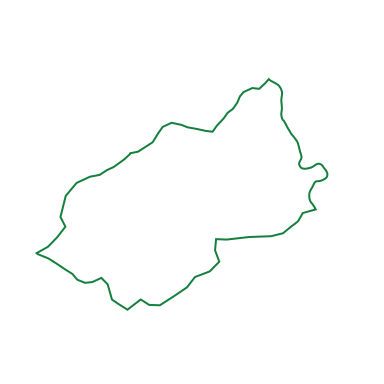 the district of Kyonghung, Hamgyŏng-bukto, North Korea, rotated 22°
{"feature_id": "82179303B15741079373395", "entity_name": "Kyonghung", "entity_type": "district", "adm_level": 2, "iso_a3": "PRK", "parent_name": "North Korea", "parent_adm1": "Hamgyŏng-bukto", "projection": "equal_earth", "projection_center": [130.331, 42.503], "detail": "fine", "context": "isolated", "style": "outline", "palette": "green", "viewbox_px": 384, "rotation_deg": 22, "n_neighbors": 0, "source": "geoboundaries", "source_scale": "gbopen_adm2", "svg_char_len": 5214}
<svg xmlns="http://www.w3.org/2000/svg" viewBox="0 0 384 384"><g transform="rotate(22 192 192)"><path d="M178.1,322.1L184.7,310.9L194.6,312.7L204.6,309.1L214.7,294.8L223.1,282.2L226.6,269.7L237.1,260.0L238.2,258.9L243.4,246.4L235.2,237.4L232.0,226.7L242.0,223.1L261.9,212.3L281.8,203.4L291.8,196.2L296.6,187.4L301.3,179.5L302.6,170.0L313.2,161.8L312.9,161.6L312.5,161.3L312.2,161.0L311.8,160.6L311.3,160.2L310.9,159.9L310.5,159.6L310.2,159.4L309.7,159.1L309.2,158.8L308.8,158.5L308.3,158.1L307.8,157.8L307.2,157.5L306.6,157.3L306.1,156.9L305.5,156.5L305.0,156.0L304.5,155.6L304.2,155.1L303.9,154.7L303.5,154.2L303.1,153.7L302.9,153.2L302.6,152.7L302.4,152.1L302.1,151.6L301.9,150.9L301.7,150.4L301.5,149.8L301.4,149.5L301.3,149.0L301.2,148.5L301.2,148.1L301.2,147.7L301.2,147.2L301.2,146.8L301.2,146.4L301.3,145.9L301.3,145.4L301.4,144.9L301.4,144.5L301.5,144.0L301.6,143.5L301.7,142.8L301.8,142.2L301.8,141.5L301.9,140.7L301.9,140.2L301.9,139.8L301.9,139.3L302.0,138.8L302.0,138.4L302.1,138.0L302.2,137.7L302.3,137.2L302.4,136.8L302.6,136.3L302.8,136.0L303.1,135.7L303.4,135.5L303.8,135.3L304.2,135.1L304.9,134.7L305.5,134.4L305.9,134.2L306.3,134.0L306.7,133.7L307.0,133.4L307.4,133.2L307.7,132.9L308.0,132.6L308.4,132.2L308.7,131.9L309.1,131.5L309.4,131.1L309.8,130.7L310.0,130.4L310.2,130.1L310.4,129.8L310.7,129.5L310.9,129.1L311.0,128.7L311.1,128.4L311.2,128.0L311.3,127.7L311.3,127.3L311.4,127.0L311.3,126.6L311.3,126.2L311.2,125.9L311.1,125.5L310.9,124.9L310.7,124.4L310.4,124.0L310.1,123.6L309.8,123.3L309.5,123.0L309.1,122.6L308.6,122.2L308.2,122.0L307.9,121.7L307.6,121.5L307.2,121.2L306.7,121.0L306.2,120.7L305.8,120.5L305.5,120.3L305.1,120.1L304.7,119.9L304.3,119.5L303.9,119.3L303.6,119.1L303.3,118.8L302.9,118.6L302.5,118.4L302.0,118.3L301.6,118.2L301.2,118.1L300.7,118.1L300.3,118.1L299.8,118.1L299.3,118.2L299.1,118.2L298.6,118.4L298.3,118.6L297.9,118.9L297.5,119.2L297.2,119.5L296.8,119.9L296.5,120.4L296.2,120.7L296.0,121.1L295.8,121.4L295.5,121.9L295.2,122.3L295.0,122.6L294.7,123.0L294.4,123.5L294.1,123.8L293.7,124.2L293.3,124.6L293.0,125.0L292.5,125.3L292.0,125.7L291.6,126.0L291.2,126.3L290.8,126.5L290.4,126.8L289.7,127.2L289.1,127.5L288.4,127.9L288.1,128.1L287.7,128.3L287.3,128.4L286.9,128.5L286.4,128.6L286.0,128.7L285.5,128.8L285.1,128.8L284.7,128.7L284.3,128.7L284.0,128.6L283.6,128.4L283.4,128.3L283.0,128.1L282.7,127.8L282.4,127.6L282.1,127.3L281.8,127.1L281.5,126.8L281.2,126.6L281.0,126.3L280.8,126.0L280.7,125.7L280.6,125.4L280.6,125.0L280.5,124.4L280.5,123.9L280.5,123.6L280.6,123.1L280.6,122.6L280.6,122.0L280.7,121.5L280.7,121.0L280.7,120.5L280.7,120.1L280.7,119.5L280.6,118.8L280.5,118.6L280.3,118.2L280.1,117.9L279.8,117.5L279.5,117.0L279.1,116.6L278.8,116.1L278.4,115.6L278.1,115.2L277.7,114.8L277.3,114.3L276.9,113.9L276.6,113.5L276.3,113.0L276.0,112.6L275.6,112.0L275.2,111.6L274.8,111.0L274.5,110.5L274.0,109.8L273.5,109.3L273.3,108.9L272.8,108.3L272.4,107.6L272.1,107.3L271.7,107.0L271.4,106.6L270.9,106.1L270.6,105.8L270.1,105.4L269.3,105.0L268.8,104.6L268.2,104.3L267.6,103.9L267.0,103.5L266.5,103.2L265.8,102.8L265.3,102.5L264.5,102.1L263.9,101.8L263.3,101.5L262.8,101.2L262.3,100.9L261.8,100.5L261.1,100.0L260.6,99.6L260.1,99.3L259.6,98.8L259.0,98.4L258.7,98.2L258.4,98.0L258.0,97.7L257.5,97.3L257.1,97.0L256.7,96.7L256.4,96.4L256.0,96.1L255.5,95.8L255.2,95.4L254.8,95.1L254.4,94.8L254.1,94.5L253.8,94.1L253.3,93.8L252.9,93.5L252.6,93.2L252.3,93.0L251.9,92.7L251.6,92.5L251.2,92.1L250.8,91.8L250.5,91.6L250.0,91.4L249.6,91.3L249.2,91.1L248.8,90.9L248.4,90.5L248.0,90.1L247.7,89.7L247.4,89.4L247.2,89.1L246.9,88.7L246.7,88.3L246.4,87.9L246.2,87.5L246.0,87.2L245.7,86.6L245.6,86.3L245.5,85.9L245.3,85.5L245.2,85.1L245.1,84.6L245.0,84.1L244.8,83.5L244.7,83.1L244.6,82.8L244.5,82.3L244.4,81.9L244.3,81.4L244.1,81.0L243.9,80.6L243.7,80.1L243.5,79.7L243.3,79.2L243.1,78.7L242.8,78.1L242.6,77.7L242.3,77.2L242.1,76.7L241.8,76.3L241.5,75.8L241.3,75.2L241.0,74.7L240.7,74.2L240.5,73.7L240.4,73.2L240.1,72.5L240.0,71.9L239.9,71.5L239.7,71.1L239.6,70.7L239.5,70.2L239.4,69.8L239.3,69.3L239.2,68.8L239.1,68.4L239.0,68.0L238.8,67.5L238.7,67.0L238.5,66.5L238.2,66.1L238.0,65.6L237.7,65.2L237.4,64.8L237.1,64.5L236.8,64.1L236.4,63.7L236.2,63.4L235.9,63.1L235.5,62.7L235.2,62.5L234.8,62.2L234.2,61.9L233.8,61.5L233.4,61.2L233.1,61.1L232.8,60.9L232.3,60.7L231.9,60.5L231.4,60.4L230.8,60.3L230.2,60.2L229.7,60.1L229.1,60.0L228.5,59.9L227.8,59.9L227.3,59.8L226.9,59.7L226.3,59.7L225.8,59.6L225.2,59.6L224.8,59.5L224.4,59.4L223.9,59.4L223.4,59.3L223.1,59.3L222.9,59.2L222.6,59.1L222.2,59.1L221.8,59.0L221.4,58.9L221.0,58.8L220.9,58.7L219.0,64.0L215.6,71.2L209.0,73.0L202.3,80.1L200.6,85.5L200.5,92.6L198.7,99.8L195.4,105.1L193.7,112.3L190.2,121.2L188.5,128.4L181.9,130.2L172.0,131.9L163.7,133.7L157.1,133.7L147.1,135.5L140.4,142.7L138.7,149.9L136.9,160.6L131.9,167.7L126.8,174.9L120.2,179.2L120.2,180.3L116.8,187.4L113.4,192.8L110.0,198.2L105.0,203.5L100.0,210.7L91.6,216.1L81.6,226.8L76.4,242.9L77.9,253.7L79.4,264.4L87.6,271.6L84.1,284.1L79.0,296.7L70.8,306.9L72.3,307.4L83.8,307.4L93.7,309.2L102.0,311.0L111.9,312.8L118.5,316.3L126.8,316.3L133.4,312.8L140.1,305.6L148.4,309.2L158.1,321.7L166.4,323.5L176.3,325.3L178.1,322.1Z" fill="none" stroke="#15803d" stroke-width="2"/></g></svg>